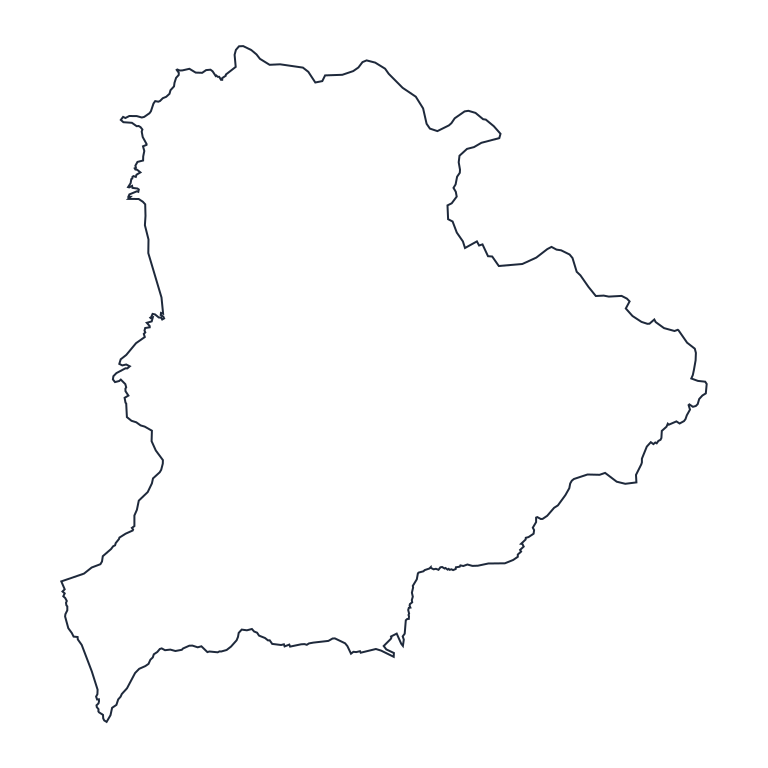 the district of Camarzana, Satu Mare, Romania
{"feature_id": "2599482B36340809154582", "entity_name": "Camarzana", "entity_type": "district", "adm_level": 2, "iso_a3": "ROU", "parent_name": "Romania", "parent_adm1": "Satu Mare", "projection": "albers", "projection_center": [23.295, 48.003], "detail": "fine", "context": "isolated", "style": "outline", "palette": "slate", "viewbox_px": 768, "rotation_deg": 0, "n_neighbors": 0, "source": "geoboundaries", "source_scale": "gbopen_adm2", "svg_char_len": 6040}
<svg xmlns="http://www.w3.org/2000/svg" viewBox="0 0 768 768"><path d="M705.2,381.7L697.9,380.9L691.3,378.5L692.8,375.1L693.9,370.0L695.6,360.4L695.9,352.9L694.8,348.7L687.1,342.7L678.5,330.3L677.8,329.8L674.5,331.0L664.0,328.1L655.7,322.1L654.3,319.5L649.5,323.7L647.4,323.8L641.5,321.9L632.5,316.0L625.8,308.5L629.6,301.4L626.9,298.6L621.6,295.9L608.8,296.6L603.7,295.6L595.8,296.0L588.4,286.8L580.4,275.3L576.7,271.8L572.5,258.0L569.6,254.5L561.1,250.3L556.5,249.6L551.5,246.9L547.3,249.1L536.3,257.6L522.3,264.0L498.8,266.0L492.2,256.5L488.0,256.2L482.5,244.4L479.1,245.5L476.9,241.4L465.0,248.0L462.9,241.4L456.8,232.6L452.6,221.5L448.1,219.2L447.5,205.4L451.7,203.3L456.7,196.6L455.8,191.8L453.5,187.9L455.6,184.4L457.1,176.7L459.8,172.8L460.0,169.7L458.7,162.3L459.5,155.7L467.0,148.9L474.0,147.1L481.4,142.8L499.3,138.1L500.5,133.8L493.8,126.2L485.8,119.6L483.1,119.2L475.5,112.9L468.4,110.8L464.6,111.4L454.7,118.3L451.4,123.2L448.9,125.4L437.4,131.1L429.9,128.6L426.6,123.8L423.1,108.4L415.8,96.7L402.6,87.8L388.7,73.8L385.1,68.7L375.2,62.6L366.6,60.4L362.5,62.1L358.4,67.5L353.2,71.1L342.3,74.8L325.1,75.4L322.3,81.1L315.3,82.5L308.3,71.8L302.9,67.6L280.1,64.3L269.6,64.8L259.9,58.8L256.5,54.4L251.2,50.0L243.2,46.1L239.0,46.3L235.9,49.9L234.6,54.8L235.7,66.9L225.9,74.5L225.7,75.8L222.3,78.0L222.2,79.8L221.0,79.8L219.2,76.8L217.7,76.8L216.3,75.5L215.7,76.0L212.6,71.3L210.5,69.7L206.1,70.1L202.2,72.8L195.7,72.6L189.4,68.8L182.4,70.4L179.8,70.5L177.3,69.5L176.7,69.9L178.8,72.8L178.7,75.0L176.1,77.8L174.5,82.8L174.0,86.4L170.5,90.2L169.5,93.8L166.2,96.8L162.8,98.2L160.0,101.0L158.3,101.7L155.2,101.1L153.5,103.5L150.9,111.3L149.5,113.2L144.2,116.9L141.8,117.5L136.8,116.1L129.3,116.0L125.4,118.0L123.1,116.9L120.8,119.9L123.4,122.2L131.9,122.8L136.7,126.2L138.6,126.0L140.5,127.1L142.4,129.5L141.7,131.6L142.7,137.0L146.6,144.1L146.5,144.9L143.0,146.3L144.3,151.0L143.2,156.4L143.1,160.5L137.5,161.9L135.4,165.6L135.9,167.7L134.7,168.3L135.4,169.5L137.2,169.8L140.4,172.4L136.5,174.7L135.8,176.9L133.5,176.1L132.5,176.8L132.3,178.5L131.3,179.1L130.6,183.2L128.1,187.1L129.2,187.4L132.1,185.9L132.5,187.9L137.4,188.5L138.8,189.5L138.3,191.8L136.9,191.3L129.4,194.4L128.4,196.7L130.5,196.8L128.3,198.9L138.7,199.0L142.9,201.8L145.2,204.3L145.5,215.9L144.9,225.2L148.5,239.5L148.3,253.1L161.5,297.5L163.1,313.7L161.0,312.9L160.7,315.0L163.3,316.6L164.1,318.4L162.2,319.5L161.1,317.6L158.8,317.5L155.0,314.4L152.6,313.9L151.2,317.1L150.3,317.7L150.8,318.2L152.8,317.4L151.7,321.4L146.8,322.8L149.7,326.1L149.7,327.3L145.2,328.0L144.5,330.6L145.3,332.4L143.8,333.9L144.8,337.0L136.0,343.2L126.3,354.9L120.7,359.3L119.3,363.9L122.3,365.4L126.2,364.5L129.8,366.3L127.3,368.4L125.5,368.3L116.4,373.1L113.4,376.2L112.9,379.4L115.0,382.1L119.2,381.0L120.8,379.6L125.3,384.1L126.2,387.3L125.4,388.7L125.5,391.2L128.4,395.6L124.6,397.8L125.5,402.7L126.2,403.5L126.9,417.1L131.5,420.8L136.3,422.3L140.6,425.4L144.7,426.6L151.9,430.7L151.6,441.2L155.8,450.5L162.9,460.1L162.8,463.6L161.2,469.8L159.7,472.3L153.0,478.4L151.9,483.4L147.7,492.1L138.8,500.6L136.9,509.8L134.4,515.5L134.4,526.1L131.9,527.9L133.1,529.5L132.7,530.5L125.6,533.7L119.4,537.6L119.0,539.0L115.7,543.1L115.1,545.3L113.1,546.3L111.1,549.0L102.8,556.2L102.0,561.5L100.4,564.2L91.7,567.5L84.0,573.6L61.3,581.4L64.7,589.3L62.5,591.5L64.7,593.4L63.3,596.3L65.2,598.0L66.8,601.0L66.0,602.8L66.4,605.3L67.3,606.4L67.3,610.3L65.4,614.2L65.1,616.5L68.3,628.2L71.8,633.0L73.6,636.6L77.6,637.0L77.8,639.4L81.7,644.9L91.8,671.4L97.6,689.7L97.4,694.2L96.1,696.6L97.1,699.5L98.9,699.3L99.0,701.3L98.5,703.4L96.5,705.3L96.8,707.1L98.5,709.2L98.4,711.4L99.0,712.3L103.0,714.9L103.2,718.4L104.2,720.4L106.6,721.9L110.5,715.2L112.1,707.8L116.4,704.9L118.2,699.4L120.6,696.7L121.8,694.0L127.0,688.3L135.1,673.0L139.2,668.8L145.3,666.1L148.5,663.9L150.4,659.7L152.8,657.4L153.8,654.3L157.3,652.0L159.8,649.0L161.7,648.4L165.0,650.2L170.3,649.6L175.4,651.0L181.8,649.8L183.0,648.5L189.3,645.7L192.4,645.6L197.7,647.3L201.4,646.3L207.4,652.1L209.4,651.5L217.7,652.3L219.5,651.4L221.2,651.5L226.6,650.0L231.0,646.6L236.6,640.3L238.0,636.9L238.7,632.9L241.7,629.6L246.9,630.3L251.9,629.0L254.1,631.5L257.1,632.7L259.0,635.6L265.0,638.0L268.0,640.4L269.7,640.3L272.2,643.9L281.1,645.0L283.9,644.3L284.6,646.4L289.3,644.6L290.1,646.6L301.1,644.3L304.5,644.1L306.8,644.8L309.0,643.4L313.4,642.6L328.4,640.9L332.6,638.5L334.9,638.4L345.1,643.3L347.4,646.1L351.0,653.7L353.4,651.8L356.2,652.1L360.0,651.2L360.7,652.7L375.9,649.0L381.1,650.6L393.7,656.8L393.9,653.0L386.3,649.4L383.7,646.0L390.7,639.0L391.4,637.7L391.0,636.5L396.7,633.6L401.2,643.7L402.9,645.9L403.8,639.6L402.7,636.4L404.7,633.7L405.8,620.3L407.2,619.0L408.8,618.9L409.0,616.1L408.5,615.0L409.1,613.6L408.2,610.0L408.8,607.9L410.4,607.6L409.6,605.7L409.9,604.1L412.2,602.3L411.8,600.1L412.8,596.7L411.9,592.7L413.1,587.5L412.8,585.9L416.8,579.3L417.9,573.4L418.6,572.6L423.4,571.3L424.7,570.1L429.4,568.5L430.8,567.1L430.9,567.9L433.6,569.3L435.9,568.8L438.5,569.8L440.4,567.3L442.1,567.0L444.6,568.5L445.5,568.0L447.6,569.6L448.7,568.9L449.6,569.8L451.5,569.3L453.1,570.1L455.7,569.0L455.9,567.3L459.7,566.7L460.4,565.4L463.3,566.0L467.4,564.5L472.4,565.9L477.9,565.7L488.3,563.5L504.9,563.3L513.1,560.0L517.8,556.8L517.8,554.5L521.1,551.6L520.1,549.9L523.7,546.6L522.4,544.0L521.1,543.8L525.6,539.5L525.8,537.8L528.5,537.1L533.6,533.7L534.1,530.1L532.8,527.7L536.1,522.1L536.1,517.6L537.3,517.1L540.8,519.0L542.6,518.9L547.2,515.8L554.1,507.8L557.9,505.4L565.4,495.1L569.3,488.2L570.2,483.5L571.8,480.7L573.9,479.0L587.5,474.5L599.6,474.8L605.1,472.9L616.7,481.7L625.3,483.8L636.4,482.4L636.0,474.9L641.3,464.3L641.9,462.4L641.9,458.7L646.8,446.6L650.8,442.2L653.4,444.1L655.3,442.5L656.7,443.3L658.4,440.9L660.5,439.8L661.4,438.0L661.8,430.9L666.5,426.7L667.8,423.7L668.8,424.7L676.4,421.4L679.6,423.5L684.0,421.1L685.5,419.1L686.8,415.3L690.0,409.6L688.6,405.1L689.4,404.4L692.9,406.8L695.8,406.0L697.7,404.1L699.2,399.0L702.4,395.5L705.8,393.4L706.7,384.0L705.2,381.7Z" fill="none" stroke="#1e293b" stroke-width="2"/></svg>